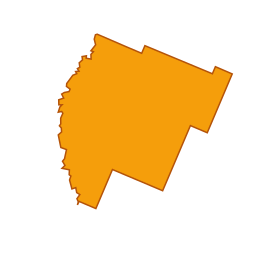 outline of Grant, North Dakota, United States of America, rotated 113°
{"feature_id": "52423323B34394260918721", "entity_name": "Grant", "entity_type": "district", "adm_level": 2, "iso_a3": "USA", "parent_name": "United States of America", "parent_adm1": "North Dakota", "projection": "robinson", "projection_center": [-101.561, 46.362], "detail": "fine", "context": "isolated", "style": "filled", "palette": "amber", "viewbox_px": 256, "rotation_deg": 113, "n_neighbors": 0, "source": "geoboundaries", "source_scale": "gbopen_adm2", "svg_char_len": 967}
<svg xmlns="http://www.w3.org/2000/svg" viewBox="0 0 256 256"><g transform="rotate(113 128 128)"><path d="M37.4,71.5L45.1,71.5L45.6,144.6L53.9,144.6L53.9,161.0L53.7,193.0L54.9,194.4L59.4,193.8L64.1,190.3L71.4,192.3L71.3,189.7L74.7,190.9L79.0,188.9L80.1,193.8L77.8,194.5L80.2,198.2L83.1,196.5L87.0,198.4L90.9,196.1L93.1,197.8L94.9,195.3L96.5,198.3L98.0,196.4L101.0,199.4L111.0,201.8L113.8,200.9L114.8,196.5L117.5,196.5L120.2,200.5L122.7,202.3L125.6,198.9L129.1,202.8L133.7,200.7L132.4,197.8L135.3,198.9L140.7,198.4L138.7,195.5L139.9,193.7L145.3,193.8L150.5,191.5L152.8,192.0L154.0,189.4L157.6,187.6L161.6,189.5L172.2,182.2L171.9,176.2L181.2,174.4L184.2,175.3L187.1,171.4L190.9,173.0L189.4,165.6L194.0,163.9L194.5,161.8L198.7,161.5L206.0,155.8L203.3,152.8L207.5,150.0L208.1,146.3L213.0,147.4L215.4,144.9L218.6,144.5L214.7,144.4L214.7,126.1L172.3,126.1L172.2,71.6L101.4,71.5L101.4,53.2L37.5,53.2L37.4,71.5Z" fill="#f59e0b" stroke="#b45309" stroke-width="1.5"/></g></svg>